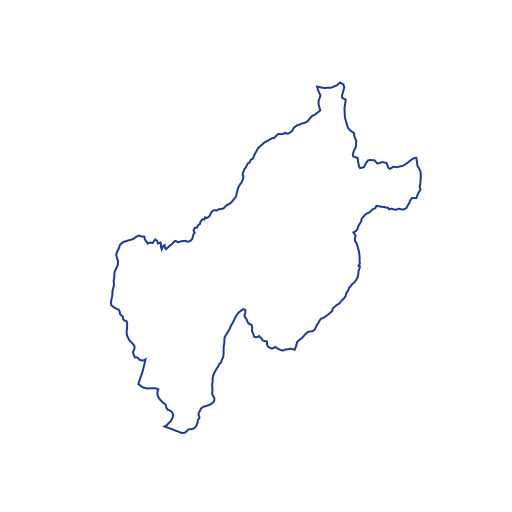 outline of Condeúba, Bahia, Brazil, rotated 200°
{"feature_id": "56859067B15053950259209", "entity_name": "Condeúba", "entity_type": "district", "adm_level": 2, "iso_a3": "BRA", "parent_name": "Brazil", "parent_adm1": "Bahia", "projection": "equal_earth", "projection_center": [-42.052, -14.924], "detail": "fine", "context": "isolated", "style": "outline", "palette": "blue", "viewbox_px": 512, "rotation_deg": 200, "n_neighbors": 0, "source": "geoboundaries", "source_scale": "gbopen_adm2", "svg_char_len": 5359}
<svg xmlns="http://www.w3.org/2000/svg" viewBox="0 0 512 512"><g transform="rotate(200 256 256)"><path d="M335.1,119.3L333.0,120.1L331.1,119.4L329.7,118.6L328.1,118.7L326.3,119.2L324.4,121.0L323.1,108.8L322.8,95.4L317.2,93.8L313.2,94.3L305.3,97.3L302.2,97.3L302.2,94.9L301.6,92.9L300.2,90.7L298.5,89.2L296.9,88.2L294.8,87.0L292.4,86.1L290.2,85.6L288.4,82.8L286.7,81.5L284.6,81.4L282.2,80.9L279.8,79.0L279.0,75.8L279.4,72.5L280.1,70.6L281.0,68.9L282.0,66.4L283.6,64.6L265.5,64.3L262.9,65.2L261.4,67.1L260.2,69.8L257.2,71.4L255.2,72.9L254.1,75.8L253.9,78.8L254.4,81.8L253.8,84.8L256.1,87.8L255.8,90.9L255.5,93.8L254.0,96.2L251.1,98.4L248.7,100.3L246.8,102.6L245.7,105.1L246.4,108.0L248.1,109.6L249.5,110.8L250.4,112.5L250.9,114.7L252.2,117.8L253.4,120.6L253.8,123.1L254.8,126.0L255.3,128.7L255.2,132.2L254.7,135.7L253.8,139.3L253.5,142.2L252.5,143.9L252.6,146.4L252.3,149.9L253.0,153.1L253.9,155.3L254.5,157.2L255.5,160.3L255.9,163.0L256.6,165.1L257.3,167.2L257.6,169.3L256.8,173.5L256.2,176.2L255.8,178.7L255.7,181.9L255.2,184.3L254.7,188.1L254.5,190.7L254.1,193.2L253.4,195.8L252.6,197.6L251.4,199.5L249.9,201.6L247.6,201.7L246.7,199.4L246.6,196.2L245.0,194.4L243.0,193.1L241.0,190.8L238.8,189.7L236.7,189.9L235.0,187.4L234.1,184.0L232.0,182.1L230.2,179.6L228.6,179.5L226.9,180.4L225.7,181.9L224.1,180.9L222.5,180.4L221.1,179.0L218.9,179.0L216.4,179.4L215.3,176.5L213.6,174.8L212.0,174.6L209.8,174.4L208.2,175.2L207.0,177.1L203.9,176.4L200.6,176.1L198.2,176.4L196.5,178.2L194.3,179.1L191.7,180.8L189.4,181.0L187.6,181.1L187.5,185.1L187.9,189.3L186.2,192.5L185.0,194.3L184.1,196.3L183.1,198.9L181.4,202.3L178.8,203.9L177.2,204.5L175.7,206.8L175.3,210.1L175.1,212.2L174.5,214.9L173.7,219.0L171.7,220.8L170.2,222.6L167.8,226.3L165.6,230.2L166.0,232.8L163.4,237.6L161.6,239.6L160.2,243.4L159.0,245.8L158.1,248.8L158.4,252.5L157.6,255.0L157.6,257.9L156.7,260.2L155.9,262.7L154.7,264.5L153.8,267.4L153.2,270.1L153.5,272.5L153.8,274.6L154.5,276.8L154.5,279.2L154.7,281.6L156.3,281.8L155.8,284.3L156.9,286.5L157.9,289.4L158.7,291.3L159.6,293.2L161.1,296.0L162.7,298.0L163.9,300.0L166.6,303.0L168.3,304.2L169.0,306.4L169.3,309.1L171.1,310.5L172.5,311.5L170.6,313.6L169.9,315.9L170.0,319.9L169.5,322.0L169.0,324.7L169.4,327.0L168.6,329.4L167.8,331.8L166.2,334.1L164.5,335.5L163.6,337.3L162.2,339.9L160.2,341.9L160.0,344.4L157.9,344.7L156.0,345.0L154.0,345.4L151.7,346.0L149.9,346.0L148.4,346.5L146.9,345.4L144.9,346.8L142.6,346.9L140.5,347.2L137.9,349.3L135.0,349.5L132.8,350.5L131.1,352.5L130.8,354.9L130.2,357.5L130.1,360.9L129.3,363.8L127.1,364.6L125.1,365.3L125.1,368.3L124.9,371.2L124.1,374.4L126.0,377.4L126.2,380.1L127.3,383.3L128.0,386.1L129.0,388.7L130.3,391.6L132.8,394.1L134.9,395.6L138.9,403.1L140.7,402.2L142.3,400.5L146.0,394.6L148.7,391.1L154.1,387.6L157.6,386.8L159.8,383.7L161.8,384.1L165.1,388.0L169.2,387.6L173.4,384.4L177.6,386.4L181.7,385.2L183.5,384.1L184.7,379.5L185.0,376.3L188.2,374.2L189.8,375.4L192.5,379.8L194.1,382.9L198.6,382.8L199.8,384.5L200.0,388.6L199.4,392.0L201.1,398.5L203.1,400.5L205.0,402.9L205.9,405.0L210.6,406.2L212.9,407.6L215.0,409.8L219.8,416.6L222.1,421.9L223.5,425.5L225.1,433.6L229.1,434.1L230.0,436.0L230.7,444.5L232.5,447.1L236.4,447.7L238.4,444.0L243.1,439.7L244.9,439.1L246.7,438.5L248.5,437.4L250.6,437.0L252.8,436.6L256.5,436.1L254.4,433.2L252.5,431.0L250.4,429.0L250.2,426.5L250.3,423.7L249.2,420.1L247.3,417.4L245.4,414.9L246.5,412.8L248.0,410.7L249.0,408.8L251.1,407.0L252.1,404.4L253.0,402.0L254.1,399.4L256.2,397.5L258.4,396.0L260.0,394.4L262.1,392.8L264.2,389.7L264.8,385.9L266.1,383.8L267.6,382.0L269.1,381.5L271.0,381.7L272.2,379.9L274.3,379.0L276.6,378.4L278.2,375.7L279.2,373.3L281.1,372.2L283.1,369.9L285.1,367.5L286.7,365.9L288.1,363.4L289.6,360.6L290.9,358.1L291.4,354.9L292.1,350.4L292.2,346.5L293.8,344.6L294.0,341.6L295.3,340.3L295.7,337.8L295.9,335.4L296.7,333.5L296.6,330.9L296.6,328.2L295.0,326.2L294.5,323.8L294.7,320.5L295.6,317.5L296.1,313.4L295.8,311.1L295.6,308.3L295.1,305.1L295.8,303.0L296.5,300.8L297.6,297.9L299.1,295.4L300.7,294.3L302.2,291.0L303.0,289.3L305.1,288.2L307.0,287.2L308.6,285.2L310.5,285.0L312.1,283.7L313.1,281.0L313.2,278.2L314.0,276.3L315.3,274.8L317.1,274.9L316.9,272.7L318.9,272.1L319.9,269.3L319.6,267.0L320.9,265.2L321.2,262.6L323.2,261.4L323.5,258.7L321.5,256.9L322.2,254.8L321.7,250.4L322.8,247.7L325.0,246.0L327.4,246.1L330.0,245.0L332.4,243.4L334.1,242.1L335.5,242.7L337.1,242.5L338.3,240.6L339.1,238.2L340.5,236.4L341.4,234.5L342.9,231.7L344.5,232.8L345.6,235.0L346.7,233.2L346.9,230.0L348.5,232.0L349.1,234.2L350.4,236.0L352.3,234.2L354.2,236.5L356.4,237.1L357.7,232.7L359.9,232.6L362.0,230.6L364.3,232.5L366.2,233.6L367.5,236.0L370.6,235.1L373.1,235.2L375.4,232.7L377.2,230.1L379.1,228.4L380.7,227.4L382.9,225.7L385.4,223.9L386.9,221.5L387.8,219.4L387.4,216.8L387.9,213.0L387.9,209.4L386.2,207.0L384.0,204.1L383.0,201.0L382.9,198.5L383.1,196.4L383.4,193.2L383.1,191.2L382.3,188.9L381.6,185.8L381.0,183.3L379.7,180.7L379.3,178.1L379.1,176.1L378.8,173.6L377.6,170.2L377.1,166.8L376.7,163.6L375.2,160.4L373.1,159.5L371.4,159.0L368.9,158.8L366.5,158.5L364.9,156.9L364.0,155.0L361.9,154.0L360.1,153.2L359.3,151.2L357.7,150.4L355.1,150.3L353.8,148.0L353.1,145.8L352.3,143.6L351.9,141.2L350.3,137.6L348.8,136.0L346.3,133.6L343.4,132.2L341.1,131.0L339.2,129.6L338.5,126.6L338.7,123.4L337.0,121.3L335.1,119.3Z" fill="none" stroke="#1e3a8a" stroke-width="2"/></g></svg>